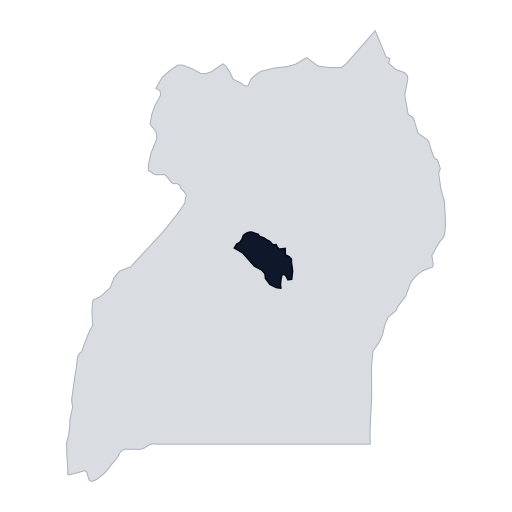 Nakasongola on a map of Uganda (Robinson projection)
{"feature_id": "UGA-3090", "entity_name": "Nakasongola", "entity_type": "District", "adm_level": 1, "iso_a3": "UGA", "parent_name": "Uganda", "parent_adm1": "", "projection": "robinson", "projection_center": [32.471, 1.323], "detail": "fine", "context": "in_parent", "style": "filled", "palette": "ink", "viewbox_px": 512, "rotation_deg": 0, "n_neighbors": 0, "source": "natural_earth", "source_scale": "10m", "svg_char_len": 2882}
<svg xmlns="http://www.w3.org/2000/svg" viewBox="0 0 512 512"><path d="M370.2,444.2L362.6,444.2L350.2,444.2L337.7,444.2L325.3,444.2L312.9,444.2L300.4,444.2L288.0,444.2L275.6,444.2L263.1,444.2L250.7,444.2L238.3,444.2L225.8,444.2L213.4,444.2L201.0,444.2L188.6,444.2L176.1,444.2L163.7,444.2L156.3,444.2L154.9,444.0L153.9,443.7L149.2,444.7L144.3,448.1L139.2,449.6L133.6,449.0L132.9,449.4L130.1,449.3L126.1,449.1L122.5,450.0L119.7,453.0L116.9,458.2L111.8,464.2L107.8,469.5L104.4,473.3L96.6,479.5L92.4,481.3L90.3,481.0L89.0,479.8L86.6,471.9L85.1,470.6L70.0,474.7L67.7,474.8L67.9,472.3L66.8,453.7L66.6,442.3L68.6,435.1L69.7,426.9L69.9,419.6L72.6,407.3L71.6,399.9L75.2,373.9L76.1,369.7L77.5,357.1L79.7,353.2L81.7,351.7L84.3,344.0L89.2,331.7L92.7,325.4L91.9,311.5L92.5,302.1L93.3,300.0L100.6,296.5L110.1,287.8L114.1,277.6L119.7,271.0L130.7,266.8L163.2,231.6L178.3,212.7L184.9,203.0L185.1,199.5L186.4,194.9L183.8,191.4L180.6,188.1L179.6,185.1L176.9,183.6L173.0,183.7L170.4,181.5L167.5,177.3L164.6,174.6L155.4,174.8L148.3,170.5L148.4,164.5L151.1,152.8L156.5,139.5L156.8,135.8L156.1,132.6L154.8,129.9L152.3,127.2L150.1,124.0L151.8,114.4L155.2,105.0L158.0,100.2L160.7,95.0L160.0,90.6L156.0,88.5L158.1,84.3L162.3,77.1L170.6,69.9L177.9,65.1L182.8,65.1L192.3,68.9L200.8,73.5L205.5,73.7L211.2,71.8L223.0,63.8L225.9,66.3L229.4,71.2L233.1,79.2L240.5,82.9L244.1,85.4L246.7,86.2L248.1,85.5L250.9,79.2L254.3,75.8L260.6,71.4L274.5,68.0L284.5,66.9L288.7,66.2L295.7,64.1L306.8,57.6L317.8,66.0L329.7,67.6L341.2,67.6L344.7,65.0L346.8,63.1L358.8,49.3L375.2,30.7L386.1,56.9L389.9,58.5L389.4,60.8L388.4,63.0L395.6,69.3L404.4,72.6L407.5,75.8L407.8,79.3L404.8,94.7L405.4,99.0L408.2,114.4L413.4,117.8L418.1,133.3L427.5,139.9L428.8,141.7L431.0,149.2L433.9,157.4L436.1,159.3L437.5,159.8L440.3,168.5L438.7,173.4L440.8,188.3L444.4,201.6L445.3,217.5L445.4,224.4L445.2,228.7L444.5,234.8L442.8,238.3L439.8,241.6L436.5,247.0L433.6,252.7L431.8,255.5L433.2,264.1L432.8,266.3L432.1,267.4L427.8,268.7L422.4,271.0L419.1,273.3L414.4,277.7L410.7,282.4L405.7,296.2L397.5,307.0L396.1,310.5L388.3,317.0L384.8,324.9L382.6,334.6L379.6,341.6L373.0,351.1L371.5,366.2L371.7,396.4L370.0,430.7L370.2,444.2Z" fill="#d9dde1" stroke="#a8b0b8" stroke-width="1"/><path d="M249.6,232.1L252.0,232.1L253.6,232.8L258.3,234.3L259.4,236.3L264.0,237.9L267.2,240.2L268.9,240.8L270.4,242.0L272.5,244.4L274.0,244.9L276.0,244.5L277.3,247.1L279.2,249.1L285.2,248.4L285.4,255.0L287.5,255.8L288.8,256.6L289.5,256.9L290.0,258.0L290.7,258.3L291.2,258.6L291.4,259.5L291.5,260.6L291.4,261.5L291.6,263.2L292.6,271.2L291.7,279.3L287.9,279.8L286.3,276.4L284.3,274.3L281.9,275.0L281.0,279.2L280.5,284.2L280.8,288.2L276.3,287.6L269.9,284.4L265.5,278.5L264.9,273.6L261.5,269.9L254.4,266.2L242.8,253.0L234.3,248.0L236.8,243.9L238.4,243.2L240.0,242.1L242.0,239.2L243.2,235.8L244.4,234.4L247.0,232.9L249.6,232.1Z" fill="#0f172a" stroke="#020617" stroke-width="1.5"/></svg>